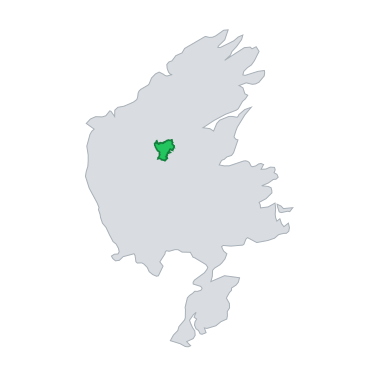 Roscrea-Templemore Lea-4, North Tipperary, Ireland (highlighted), rotated 166°
{"feature_id": "5873133B40874438019884", "entity_name": "Roscrea-Templemore Lea-4", "entity_type": "district", "adm_level": 2, "iso_a3": "IRL", "parent_name": "Ireland", "parent_adm1": "North Tipperary", "projection": "mercator", "projection_center": [-7.88, 52.84], "detail": "fine", "context": "in_parent", "style": "filled", "palette": "green", "viewbox_px": 384, "rotation_deg": 166, "n_neighbors": 0, "source": "geoboundaries", "source_scale": "gbopen_adm2", "svg_char_len": 7873}
<svg xmlns="http://www.w3.org/2000/svg" viewBox="0 0 384 384"><g transform="rotate(166 192 192)"><path d="M237.2,64.6L230.0,69.8L228.9,71.7L226.8,79.5L226.6,81.7L222.1,90.4L219.5,92.2L215.7,93.6L213.5,95.0L210.8,94.3L207.3,94.4L205.6,95.9L205.7,97.1L206.7,98.5L213.1,102.4L212.8,104.1L211.0,105.9L199.5,110.6L196.1,113.4L194.9,115.2L196.1,118.3L205.3,127.5L206.8,128.5L208.2,133.9L216.2,136.1L219.5,139.4L222.3,140.2L228.5,140.0L231.0,141.2L232.4,140.3L233.2,138.5L240.1,132.0L238.0,127.1L244.9,118.8L246.9,118.9L250.1,121.4L252.8,125.0L253.7,129.7L256.2,133.9L257.9,135.4L262.3,136.3L263.3,137.9L262.6,144.0L263.2,146.1L274.5,145.9L279.0,143.3L282.9,143.7L284.9,146.5L285.7,149.3L282.4,150.4L278.8,149.8L277.1,151.6L277.0,155.2L278.2,159.8L280.6,163.0L282.4,170.3L284.0,178.4L286.4,183.3L286.9,189.3L286.6,192.3L287.0,197.6L286.0,199.5L286.7,204.5L290.8,220.5L291.6,233.0L289.6,237.6L286.9,242.0L285.2,247.3L283.8,252.9L283.0,261.9L277.1,272.5L274.6,275.1L271.7,276.7L278.0,284.1L272.9,287.4L267.3,288.4L261.0,286.6L257.2,286.8L252.2,290.6L251.1,289.9L248.8,283.9L247.1,290.1L243.5,292.1L237.3,291.7L227.1,293.4L223.1,295.1L221.5,297.9L220.3,301.1L218.7,303.0L216.9,304.0L208.9,306.3L207.4,307.3L203.7,312.4L198.9,315.4L194.9,316.3L191.4,313.3L189.9,311.5L188.3,310.6L182.8,310.7L184.6,311.6L185.7,313.8L186.2,317.8L185.6,321.8L182.9,323.8L179.7,324.1L174.7,328.2L168.0,329.4L164.4,333.1L142.3,339.5L141.1,339.6L138.0,337.9L134.7,337.2L131.4,337.7L122.2,341.3L117.7,340.6L123.4,331.7L131.1,327.3L131.9,326.0L129.4,325.4L114.8,328.6L109.7,331.2L104.7,332.0L107.0,327.9L113.5,322.4L119.2,318.7L121.6,315.5L128.5,311.8L106.3,319.4L100.5,318.5L99.1,316.4L94.6,317.4L92.9,312.2L99.6,304.4L103.5,301.0L108.2,299.2L112.6,296.5L114.3,293.3L112.2,292.3L98.8,293.1L92.4,292.4L92.7,289.9L93.9,287.1L100.5,282.3L104.2,281.5L107.4,281.9L113.0,284.8L120.6,283.9L117.4,280.8L116.9,274.5L114.5,272.4L117.6,269.5L121.1,267.7L127.0,261.6L129.1,260.7L140.7,259.3L153.3,256.1L165.8,251.7L159.4,249.2L156.3,245.9L151.4,252.5L147.8,255.0L137.9,256.4L134.7,255.6L130.2,253.6L128.8,254.4L127.6,255.9L120.9,259.2L114.0,259.9L122.1,254.0L132.3,244.0L134.6,240.8L137.9,235.3L136.9,232.8L134.8,231.4L142.2,220.0L144.8,217.9L149.6,217.6L153.1,215.8L154.6,215.8L156.0,215.1L159.1,211.7L154.3,209.5L149.5,208.4L134.4,209.6L132.4,209.3L130.5,208.2L129.3,206.7L128.4,202.8L127.3,201.9L123.9,201.9L120.5,203.1L118.2,203.0L115.9,201.3L119.5,197.3L114.8,196.4L110.0,197.2L106.0,195.9L105.9,193.4L107.7,190.9L105.3,188.5L104.8,185.5L107.4,184.1L110.1,184.5L115.7,182.3L122.9,181.2L116.8,179.0L114.3,177.1L114.2,174.2L114.7,171.8L121.8,167.6L129.4,165.7L128.9,163.0L129.4,160.0L121.7,159.1L114.1,161.2L114.9,155.5L116.7,150.3L117.1,146.9L116.7,143.2L113.2,144.8L112.8,139.6L111.2,136.1L106.0,138.5L106.1,133.8L107.6,130.5L110.4,129.1L113.1,129.7L118.2,129.7L123.1,127.2L130.2,126.6L141.4,127.3L149.2,134.3L151.2,133.1L154.3,128.7L155.7,128.2L167.4,130.1L174.7,132.6L176.6,131.8L175.6,127.0L173.1,123.6L176.2,119.1L180.0,116.1L182.6,114.6L188.5,112.7L191.0,111.0L192.7,105.2L195.4,100.5L180.7,102.9L166.6,97.3L168.9,93.2L171.8,91.0L177.0,89.2L177.4,87.1L180.0,85.4L184.3,80.8L182.7,74.8L183.6,70.4L186.7,67.5L187.6,63.3L189.0,60.3L195.2,59.2L201.3,56.4L210.5,56.0L212.9,57.1L212.4,52.1L216.7,51.5L218.4,52.5L219.2,56.0L221.2,58.3L221.8,62.2L220.5,65.3L218.2,67.6L220.3,70.0L217.1,74.3L220.5,72.5L225.4,68.2L225.1,64.8L224.3,60.4L222.9,56.5L223.6,52.2L226.3,49.5L233.4,48.1L230.5,43.2L233.1,42.7L235.9,43.7L240.1,47.6L249.0,53.0L244.6,57.7L239.3,61.0L237.2,64.6ZM112.6,157.4L112.4,159.6L109.0,156.8L107.3,153.8L98.0,152.4L101.9,149.3L103.8,150.2L110.3,150.4L112.2,151.6L112.6,157.4Z" fill="#d9dde1" stroke="#a8b0b8" stroke-width="1"/><path d="M199.0,247.5L199.3,247.6L199.5,247.5L199.7,247.1L199.9,247.2L200.2,247.3L200.3,247.4L200.5,247.4L200.7,247.5L200.8,247.4L200.9,247.5L201.1,247.5L201.4,247.6L201.5,247.6L201.6,247.8L201.8,247.9L202.3,248.2L202.5,248.1L202.9,248.1L202.8,247.9L203.1,247.7L203.2,247.8L203.3,247.8L203.6,248.0L204.0,247.8L204.3,248.0L204.8,247.8L205.0,247.7L205.4,247.3L205.6,247.2L205.8,247.0L205.9,246.9L206.3,246.8L206.4,247.0L206.4,247.4L206.7,247.4L206.9,247.3L206.9,247.2L207.0,247.1L207.3,247.3L207.5,247.4L207.5,247.7L207.6,247.4L207.6,247.2L207.6,246.9L207.6,246.7L207.8,246.5L207.8,246.3L207.9,246.2L208.2,246.3L208.5,246.4L209.0,246.4L209.0,246.6L209.0,246.8L209.5,246.8L209.6,247.0L209.8,247.0L210.1,247.1L210.3,247.2L210.2,247.4L210.3,247.5L210.7,247.2L210.8,247.1L210.9,247.3L211.0,247.4L211.2,247.5L211.5,247.5L211.9,247.5L211.8,247.3L211.9,247.2L212.1,247.0L212.1,246.9L212.2,246.7L212.3,246.7L212.2,246.5L212.5,246.4L212.7,246.5L212.9,246.4L213.0,246.5L213.3,247.0L213.4,247.4L213.6,247.5L213.6,248.2L213.7,248.7L213.7,248.9L213.6,249.0L213.6,249.3L213.6,249.6L213.7,250.2L214.0,250.0L214.2,249.9L214.3,250.0L214.4,249.9L214.2,249.6L214.2,249.4L214.2,249.2L214.3,248.9L214.5,248.7L214.4,248.4L214.5,248.1L214.8,248.0L215.0,247.9L215.1,248.0L215.2,248.3L215.4,248.3L215.5,248.5L215.6,248.4L215.8,248.3L216.0,248.4L216.3,248.4L216.6,248.2L216.6,247.7L216.9,246.3L216.7,246.0L216.6,245.9L216.6,245.7L216.6,244.3L216.4,244.0L216.3,243.4L216.2,243.0L216.1,242.2L215.7,242.0L215.7,241.8L215.8,241.4L215.5,240.7L215.5,240.4L215.4,240.2L214.8,239.8L214.5,239.7L214.4,239.4L213.8,238.7L213.7,238.2L214.4,237.7L214.3,237.2L214.3,236.7L214.2,236.6L214.1,236.2L214.1,235.9L214.6,235.7L214.8,235.7L214.8,235.3L214.9,235.2L215.0,234.8L215.1,234.7L215.4,234.4L215.5,234.3L215.6,234.2L216.0,233.9L216.3,233.8L216.5,233.6L216.8,233.4L216.9,233.2L216.9,232.9L216.9,232.7L217.1,232.4L216.7,232.4L216.2,232.4L215.9,232.5L215.6,232.4L215.3,232.4L215.1,232.4L215.0,232.1L214.8,232.0L214.8,231.9L214.7,231.8L214.3,231.7L214.2,231.7L214.1,231.4L213.9,231.0L213.9,230.6L213.6,230.6L213.3,230.4L213.1,230.3L212.9,230.3L212.5,230.4L212.4,230.2L212.5,230.0L212.2,229.7L211.9,229.7L211.7,229.7L211.1,229.7L211.1,229.4L211.0,229.1L210.8,229.0L210.7,228.8L210.4,228.9L210.2,229.0L210.0,229.3L209.8,229.3L209.6,229.4L209.5,229.5L209.6,229.8L209.5,230.0L209.4,230.0L209.1,230.0L208.8,230.1L209.0,230.3L208.8,230.4L208.6,230.5L208.6,230.8L207.7,230.7L207.7,230.8L207.8,231.0L207.8,231.3L207.7,231.5L207.8,231.8L208.0,231.8L208.1,232.0L208.4,232.0L208.5,232.3L208.7,232.5L208.3,232.6L208.1,232.9L207.9,233.0L207.4,233.2L207.6,233.4L207.7,233.6L207.9,233.8L207.8,234.0L207.6,233.9L207.5,234.0L207.3,234.0L207.1,234.3L206.9,234.2L206.5,234.5L206.4,234.4L206.5,234.7L206.8,235.0L206.7,235.2L206.4,235.3L206.4,235.5L206.0,235.5L205.8,235.5L205.7,235.5L205.5,235.3L205.3,235.2L205.3,235.3L205.2,235.5L205.3,235.6L205.4,235.8L205.5,235.9L205.4,236.0L205.5,236.2L205.4,236.3L205.5,236.4L205.2,236.5L205.0,236.8L204.6,236.8L204.6,236.7L204.5,236.2L204.3,235.9L203.5,235.5L203.3,235.5L203.8,236.3L204.1,236.5L204.0,236.8L204.1,237.2L204.1,237.5L203.9,237.5L203.7,237.7L203.6,237.9L203.4,238.0L203.2,238.2L203.2,238.3L203.3,238.3L203.4,238.5L203.2,238.7L203.2,238.8L202.9,238.9L202.5,238.8L202.4,238.8L202.4,238.6L202.1,238.5L202.1,238.4L202.1,238.2L201.9,238.0L201.8,237.9L201.7,237.8L201.7,237.7L201.5,237.3L201.4,237.2L201.2,237.4L200.8,237.4L200.7,237.3L200.7,237.6L200.6,238.0L200.4,238.2L200.2,238.2L199.9,238.1L199.9,238.5L199.7,238.6L199.5,238.9L199.1,239.2L198.9,239.2L199.0,239.3L198.9,239.6L198.9,239.9L198.5,240.1L198.3,240.1L198.2,240.3L198.2,240.5L198.3,240.7L198.3,240.9L198.4,241.0L198.2,241.3L198.4,241.4L198.5,241.4L198.6,241.5L198.7,241.8L199.0,242.2L199.0,242.5L199.3,242.6L199.4,242.9L199.4,243.0L199.5,243.1L199.8,243.2L199.7,243.2L199.8,243.4L199.6,243.7L199.4,243.8L199.2,244.1L199.0,244.3L198.7,244.5L198.9,244.9L199.0,245.0L198.9,245.1L199.1,245.4L199.2,245.6L198.9,245.7L198.9,245.8L199.2,246.1L199.4,246.2L199.5,246.4L199.5,246.5L199.3,246.5L199.2,246.5L198.9,246.8L198.7,247.0L198.7,247.3L198.9,247.4L198.9,247.5L199.0,247.5Z" fill="#22c55e" stroke="#15803d" stroke-width="1.5"/></g></svg>